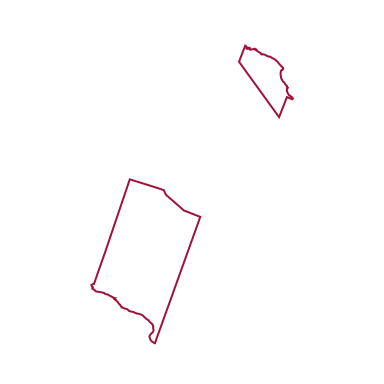 Doomadgee, Queensland, Australia, rotated 17°
{"feature_id": "25037944B37268575436611", "entity_name": "Doomadgee", "entity_type": "district", "adm_level": 2, "iso_a3": "AUS", "parent_name": "Australia", "parent_adm1": "Queensland", "projection": "orthographic", "projection_center": [138.852, -17.447], "detail": "fine", "context": "isolated", "style": "outline", "palette": "rose", "viewbox_px": 384, "rotation_deg": 17, "n_neighbors": 0, "source": "geoboundaries", "source_scale": "gbopen_adm2", "svg_char_len": 4361}
<svg xmlns="http://www.w3.org/2000/svg" viewBox="0 0 384 384"><g transform="rotate(17 192 192)"><path d="M200.8,347.5L201.0,342.0L203.1,299.1L207.2,213.4L189.8,212.1L167.9,202.3L164.5,198.5L158.4,198.3L128.8,198.1L126.5,275.7L125.6,295.9L125.2,308.5L124.6,308.5L122.9,310.5L124.4,312.1L125.1,312.1L125.0,313.6L125.3,313.7L125.6,313.8L126.1,313.9L126.4,313.9L126.9,314.0L127.2,314.2L127.7,314.4L128.0,314.5L128.5,314.9L128.9,315.1L129.3,315.1L129.6,315.1L129.9,315.0L130.2,315.0L130.5,315.0L131.0,315.0L131.4,315.0L131.9,314.8L132.3,314.7L132.9,314.5L133.5,314.5L134.2,314.5L134.8,314.4L135.8,314.4L136.6,314.3L137.3,314.3L137.7,314.4L138.0,314.4L138.6,314.8L139.2,314.9L140.1,314.8L140.7,314.7L141.4,314.7L142.0,314.9L142.6,315.0L143.2,315.1L143.8,315.2L144.3,315.3L145.0,315.4L145.4,315.5L145.8,315.6L146.3,315.8L146.9,315.8L147.2,315.8L147.7,315.9L148.0,316.0L148.4,316.0L148.1,316.2L148.0,316.4L148.3,316.7L148.9,317.0L149.4,317.2L149.9,317.5L150.2,317.6L150.0,317.3L150.0,317.0L150.3,317.1L150.8,317.5L151.2,317.9L151.6,318.1L152.0,318.4L152.4,318.6L152.8,318.7L153.3,319.1L154.0,319.6L154.3,319.9L154.7,320.2L155.1,320.4L155.8,320.8L156.1,320.9L156.5,321.1L156.8,321.4L156.9,321.7L157.3,322.0L157.9,322.2L158.2,322.3L158.4,322.4L158.5,322.7L158.5,322.9L158.8,323.0L159.2,323.0L159.5,322.9L160.0,322.9L160.3,323.0L160.9,323.0L161.8,323.1L162.6,323.0L163.3,323.0L164.0,323.0L164.6,323.1L165.2,323.4L165.6,323.6L166.1,324.0L166.7,324.1L167.6,324.2L168.4,324.2L169.2,324.1L169.7,324.0L170.6,323.9L171.3,323.9L171.8,324.0L172.4,324.1L173.0,324.3L173.5,324.3L174.1,324.3L174.8,324.3L175.3,324.2L176.1,324.1L176.9,324.0L177.5,324.0L178.4,324.1L179.1,324.1L179.8,324.2L180.6,324.3L181.2,324.6L181.6,324.8L182.2,325.1L182.5,325.2L182.9,325.4L183.4,325.7L183.6,325.8L183.8,325.9L184.1,326.0L184.5,326.2L185.2,326.5L186.0,326.9L186.6,327.0L186.9,327.1L187.2,327.2L187.5,327.3L187.9,327.4L188.3,327.6L188.5,327.8L188.9,328.0L189.1,328.2L189.2,328.4L189.9,328.7L190.4,328.9L190.8,329.1L191.0,329.2L191.6,329.5L192.1,329.7L192.4,329.8L192.6,329.9L192.7,330.2L192.8,330.3L193.0,330.5L193.5,330.8L194.0,331.3L194.2,331.6L194.2,332.1L194.3,332.2L194.3,332.4L194.4,332.6L194.5,332.9L194.5,333.2L194.5,333.4L194.8,333.8L195.0,334.1L195.2,334.4L195.4,334.8L195.4,335.0L195.5,335.2L195.6,335.6L195.7,336.3L195.7,336.8L195.6,337.2L195.5,337.7L195.2,338.0L194.9,338.2L194.8,338.7L194.6,339.2L194.1,340.0L193.8,340.8L193.5,341.8L193.5,342.3L193.7,342.6L193.8,343.0L193.8,343.3L194.0,343.6L194.4,344.0L194.7,344.4L195.0,344.8L195.2,345.1L195.5,345.4L195.8,345.7L196.2,346.0L196.9,346.4L197.3,346.6L197.8,346.8L198.3,346.9L198.7,347.1L199.3,347.2L199.8,347.4L200.4,347.5L200.8,347.5ZM261.1,72.9L259.5,72.0L257.5,71.2L256.9,71.3L256.5,71.1L256.4,70.9L256.2,70.8L256.0,70.6L255.7,70.4L255.4,70.2L255.2,70.0L255.1,69.9L255.0,69.7L254.9,69.6L254.7,69.4L254.5,69.2L254.3,69.0L253.5,68.1L253.1,67.3L252.9,66.9L252.8,66.1L252.8,65.7L252.5,65.2L253.2,64.5L253.2,64.3L252.7,64.3L252.2,63.7L251.9,63.6L251.7,63.3L251.5,63.1L251.4,62.9L251.6,62.7L251.4,62.5L250.9,62.4L249.6,61.6L248.3,60.4L248.0,60.2L247.5,60.1L246.8,59.7L246.0,59.1L244.5,57.6L243.9,56.8L243.2,55.5L243.0,55.0L242.5,54.1L242.2,53.3L242.1,52.8L242.1,52.6L242.0,52.4L241.8,51.0L241.7,50.8L241.6,50.1L241.9,49.8L242.3,49.0L242.7,48.8L243.1,48.4L243.1,48.2L242.8,48.2L242.9,47.4L243.0,47.0L242.7,46.6L240.1,45.3L238.6,44.3L237.4,43.7L236.6,43.0L235.3,42.2L234.4,41.9L234.2,41.7L233.7,41.6L233.2,41.3L232.7,41.0L232.0,40.8L231.7,40.8L230.9,40.6L230.0,40.6L229.0,40.3L228.7,40.2L227.2,39.7L226.9,39.8L226.5,39.9L226.3,39.9L226.1,40.1L224.7,40.0L223.6,39.8L222.8,39.8L222.2,39.5L221.0,39.4L220.4,39.5L219.9,39.5L219.5,39.6L218.8,39.7L218.6,39.8L218.5,40.1L218.4,40.1L218.2,40.1L218.0,39.9L217.4,39.7L217.3,39.3L217.1,39.1L216.7,39.0L215.8,38.8L215.3,38.7L213.4,38.2L212.9,38.0L212.4,37.9L211.5,37.5L210.6,37.4L210.5,37.2L210.9,37.1L212.0,37.5L212.3,37.3L212.2,37.1L211.3,36.9L210.8,36.6L209.9,36.7L209.5,36.9L208.7,37.7L207.1,38.2L206.3,38.8L205.9,38.9L205.2,38.8L204.6,38.4L204.6,38.1L204.8,37.9L205.4,38.0L205.5,37.8L205.2,37.4L204.9,37.2L204.5,37.3L204.2,37.4L203.7,37.9L203.6,38.4L203.4,38.6L203.1,38.4L202.8,38.9L202.7,39.0L202.4,39.0L202.2,38.8L202.3,38.1L202.3,37.9L201.8,37.2L201.6,37.0L200.1,36.5L198.9,53.7L203.5,57.2L253.4,95.0L255.0,73.5L260.8,74.0L261.1,72.9Z" fill="none" stroke="#9f1239" stroke-width="2"/></g></svg>